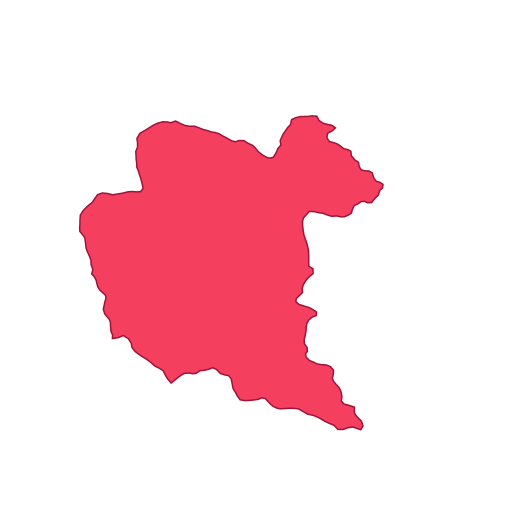 Padre Paraíso, Minas Gerais, Brazil, rotated 298°
{"feature_id": "56859067B96188425164132", "entity_name": "Padre Paraíso", "entity_type": "district", "adm_level": 2, "iso_a3": "BRA", "parent_name": "Brazil", "parent_adm1": "Minas Gerais", "projection": "natural_earth1", "projection_center": [-41.547, -17.06], "detail": "fine", "context": "isolated", "style": "filled", "palette": "rose", "viewbox_px": 512, "rotation_deg": 298, "n_neighbors": 0, "source": "geoboundaries", "source_scale": "gbopen_adm2", "svg_char_len": 3607}
<svg xmlns="http://www.w3.org/2000/svg" viewBox="0 0 512 512"><g transform="rotate(298 256 256)"><path d="M115.7,168.0L119.4,172.8L123.5,176.2L123.1,182.0L120.4,186.8L116.9,189.6L114.9,194.3L114.2,198.5L113.8,202.1L113.4,208.5L112.5,213.9L111.4,218.4L111.5,222.9L111.2,227.7L108.2,232.0L106.1,235.4L104.0,240.7L109.0,242.9L113.1,244.6L118.6,247.6L121.2,251.7L122.3,255.3L124.2,258.2L128.3,260.3L131.5,264.9L134.3,267.9L137.0,270.2L137.3,274.3L135.5,279.8L136.5,284.9L137.5,288.2L135.9,291.8L131.8,295.1L128.1,298.1L125.8,302.1L123.7,305.2L121.6,309.5L123.1,314.1L125.8,318.6L128.3,322.3L130.4,325.2L133.5,327.6L134.5,331.3L133.2,334.8L132.1,338.2L131.3,341.8L131.4,345.3L132.3,348.8L134.8,353.1L137.4,357.2L139.5,361.5L141.0,365.5L140.8,369.9L140.6,376.0L142.1,381.1L142.7,386.5L142.4,394.2L142.6,399.2L143.2,404.2L141.3,409.8L143.7,414.3L147.5,417.8L150.5,421.9L151.1,425.7L151.8,430.1L156.2,430.3L159.7,426.6L161.3,421.3L163.0,417.3L165.9,415.2L168.8,413.9L167.9,408.7L166.6,403.1L168.2,399.2L172.0,398.0L174.9,395.8L177.1,393.6L179.0,390.8L180.1,387.4L181.6,383.6L183.8,380.9L187.5,379.9L191.5,378.1L193.3,373.6L192.8,369.3L190.7,364.5L189.3,360.2L189.3,356.2L188.8,352.5L190.1,347.9L193.0,345.6L195.9,346.2L199.1,344.2L201.2,340.0L204.6,337.8L208.9,336.8L213.2,335.4L216.5,333.9L219.9,332.6L224.1,332.6L228.1,334.1L231.7,337.1L234.9,335.8L235.4,331.3L235.4,327.0L234.4,322.0L233.4,316.4L234.6,312.4L237.6,311.6L241.1,312.8L245.7,314.2L248.9,312.1L252.6,311.3L258.5,311.6L263.2,312.9L267.1,314.7L271.5,312.3L271.8,307.4L276.1,305.0L281.0,302.4L285.7,299.6L289.8,296.1L293.4,292.4L297.1,288.4L300.8,285.6L304.5,283.0L308.5,280.8L311.9,280.0L316.0,281.1L320.4,282.1L322.8,287.3L323.6,290.9L325.1,294.7L325.6,299.1L326.6,304.2L329.3,308.5L330.3,312.3L332.1,315.6L335.0,318.0L338.6,320.1L341.6,319.4L346.7,319.0L350.0,321.6L353.2,323.1L355.1,325.9L355.4,329.6L357.5,333.0L362.4,333.9L367.2,335.4L372.2,334.5L375.5,335.8L378.9,334.5L379.2,330.5L378.4,327.2L380.2,323.3L383.9,319.8L384.1,316.0L382.5,312.5L381.4,308.7L383.3,305.2L386.8,302.6L387.3,297.9L389.3,293.1L393.0,290.6L393.1,287.2L391.9,283.2L392.8,278.9L393.1,275.4L392.6,271.7L391.5,267.0L393.7,263.1L398.0,261.6L402.5,264.7L406.4,266.0L407.0,261.4L405.8,257.5L404.7,252.7L405.3,247.9L408.0,244.1L406.1,239.9L403.7,236.4L401.9,233.3L399.9,229.7L396.7,226.1L393.1,223.4L388.0,224.8L384.2,223.6L380.1,223.2L376.3,222.7L373.3,222.9L369.2,223.2L365.6,225.9L361.1,224.8L356.9,225.3L351.3,225.0L348.7,221.9L348.1,218.5L348.3,213.6L349.4,208.3L351.0,204.9L352.1,201.1L351.8,195.6L352.2,191.1L350.0,186.8L347.4,184.4L346.3,180.9L346.4,174.9L346.4,170.4L346.6,166.1L345.9,162.1L344.5,158.1L344.0,154.4L342.9,149.9L341.8,140.8L339.3,136.3L337.9,131.9L337.5,126.8L337.4,121.6L333.7,118.2L332.8,115.0L330.9,110.9L327.2,106.9L323.4,104.0L319.6,101.8L314.6,98.9L309.8,95.9L303.8,95.7L300.3,98.3L296.5,100.3L291.8,100.8L288.4,102.9L285.1,104.8L281.5,107.4L278.4,109.1L276.2,111.9L273.5,114.5L270.4,117.8L266.4,121.5L262.6,124.6L258.6,123.8L256.7,120.8L254.6,116.0L252.3,112.5L249.1,109.0L246.1,105.1L242.8,100.8L241.3,95.1L239.5,90.7L235.8,87.3L231.1,86.7L226.3,86.2L222.7,84.6L219.2,83.3L214.9,82.1L209.6,81.7L204.9,83.8L201.5,85.6L198.4,86.9L195.0,88.9L193.6,92.5L191.8,96.2L187.7,99.2L183.3,102.2L180.7,105.0L178.3,108.2L174.9,112.2L170.9,114.5L167.6,118.2L163.0,119.4L161.8,122.8L159.6,126.2L157.0,128.4L154.6,130.7L152.7,133.9L151.7,137.6L150.5,141.9L147.7,143.6L144.6,144.0L141.8,144.9L137.3,146.2L133.9,149.6L132.4,153.1L131.2,156.3L128.9,158.7L125.1,160.9L121.0,163.7L119.0,166.4L115.7,168.0Z" fill="#f43f5e" stroke="#9f1239" stroke-width="1.5"/></g></svg>